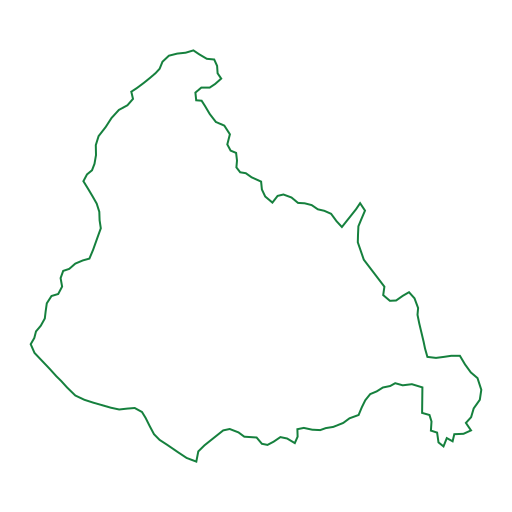 outline of Mato Castelhano, Rio Grande do Sul, Brazil
{"feature_id": "56859067B22451204874775", "entity_name": "Mato Castelhano", "entity_type": "district", "adm_level": 2, "iso_a3": "BRA", "parent_name": "Brazil", "parent_adm1": "Rio Grande do Sul", "projection": "natural_earth1", "projection_center": [-52.187, -28.262], "detail": "fine", "context": "isolated", "style": "outline", "palette": "green", "viewbox_px": 512, "rotation_deg": 0, "n_neighbors": 0, "source": "geoboundaries", "source_scale": "gbopen_adm2", "svg_char_len": 2357}
<svg xmlns="http://www.w3.org/2000/svg" viewBox="0 0 512 512"><path d="M331.1,213.8L324.3,210.8L317.8,209.3L311.7,205.1L304.7,203.3L298.0,202.9L291.5,197.5L283.4,194.5L277.6,195.9L272.4,202.6L265.2,196.5L261.9,189.5L261.1,181.6L251.6,177.3L245.8,173.2L240.2,172.3L236.4,167.4L237.0,160.6L236.1,152.9L230.6,150.6L227.3,144.4L229.9,134.3L224.3,125.6L215.9,122.0L209.8,114.1L205.0,106.0L201.6,100.7L196.2,100.3L195.4,92.6L201.3,87.6L209.7,87.6L215.1,84.0L221.2,78.6L217.6,73.3L217.1,65.9L214.2,59.5L206.8,58.8L199.2,54.3L193.4,50.4L185.7,52.7L177.2,53.6L168.9,55.7L162.5,61.7L159.6,68.8L155.6,73.1L150.0,77.9L143.8,82.9L137.1,87.9L131.3,91.7L133.0,98.9L127.4,105.3L118.9,109.9L111.5,118.0L105.7,127.0L98.6,136.1L95.8,145.1L96.0,155.1L94.5,163.8L92.0,170.3L87.0,174.4L83.4,181.2L88.5,189.5L92.6,196.4L96.7,203.6L99.3,211.8L99.6,220.3L100.8,228.3L97.3,238.0L93.1,249.8L89.4,258.6L82.9,260.4L75.3,263.6L69.2,268.9L63.2,270.9L60.6,278.1L62.1,286.6L58.2,294.0L51.5,296.0L46.8,303.3L45.7,311.0L44.8,318.5L40.8,325.7L36.0,331.4L34.3,338.0L30.7,344.2L34.5,352.9L39.9,358.6L44.0,362.9L50.0,369.2L56.3,376.2L61.2,381.0L67.0,387.4L75.3,395.5L84.4,399.8L93.4,402.7L110.8,407.7L119.2,409.5L127.2,408.6L134.7,408.0L142.0,412.0L145.6,417.9L149.7,426.1L154.0,434.2L159.6,439.9L167.3,444.9L178.1,452.3L186.7,458.0L196.3,461.6L198.3,451.4L204.5,445.3L209.5,441.3L223.2,430.4L229.7,429.0L238.5,432.4L244.3,436.7L256.6,437.5L261.9,443.8L267.5,444.9L273.6,441.7L280.4,437.1L287.1,438.5L294.8,443.1L297.6,436.7L297.4,429.2L303.8,427.9L312.2,429.7L320.2,430.1L325.8,428.1L333.3,426.9L343.3,422.9L349.5,418.3L358.6,415.0L361.8,407.3L365.3,400.2L370.2,394.1L376.7,391.4L382.9,387.5L390.2,386.0L395.2,383.2L402.7,385.3L411.9,384.2L422.4,387.4L422.1,412.9L429.5,415.0L431.5,421.5L430.9,430.6L437.1,432.6L438.5,442.4L443.5,446.4L446.8,438.1L452.6,441.3L454.3,434.2L463.5,433.8L471.0,430.4L465.9,422.9L471.1,417.2L473.7,408.4L479.8,399.8L481.3,389.8L477.5,378.1L470.8,372.4L465.0,364.4L459.9,355.8L451.2,355.8L443.8,356.9L436.0,357.9L427.4,356.9L425.0,348.4L423.6,341.7L421.8,334.1L419.2,323.2L417.5,314.8L418.1,308.0L414.5,298.3L409.0,292.2L402.8,295.8L396.1,300.5L389.9,300.8L383.2,295.1L384.4,286.7L363.8,259.7L357.8,242.3L358.0,234.8L358.4,226.3L361.2,219.5L365.0,210.6L360.1,203.2L356.0,209.3L341.9,227.0L336.6,221.3L331.1,213.8Z" fill="none" stroke="#15803d" stroke-width="2"/></svg>